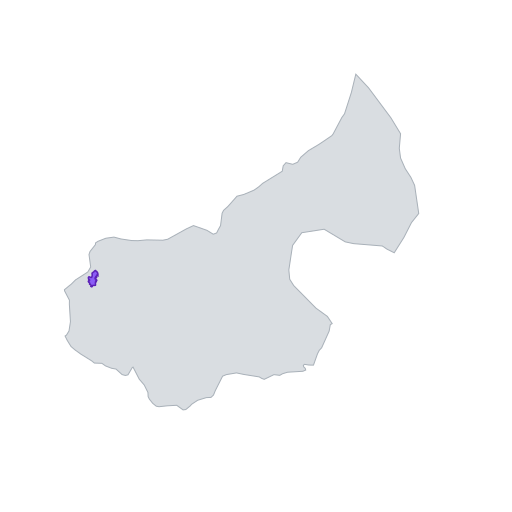 Ūdrīšu pag., Kraslavas, Latvia shown in context, rotated 137°
{"feature_id": "27541924B10135077648270", "entity_name": "Ūdrīšu pag.", "entity_type": "district", "adm_level": 2, "iso_a3": "LVA", "parent_name": "Latvia", "parent_adm1": "Kraslavas", "projection": "albers", "projection_center": [27.063, 55.925], "detail": "fine", "context": "in_parent", "style": "filled", "palette": "violet", "viewbox_px": 512, "rotation_deg": 137, "n_neighbors": 0, "source": "geoboundaries", "source_scale": "gbopen_adm2", "svg_char_len": 4325}
<svg xmlns="http://www.w3.org/2000/svg" viewBox="0 0 512 512"><g transform="rotate(137 256 256)"><path d="M364.4,375.0L361.5,374.5L353.7,371.4L347.0,366.7L343.1,360.5L336.4,352.1L331.9,347.7L324.9,342.3L313.4,331.1L309.2,328.5L288.4,323.3L281.0,320.9L274.4,308.3L272.4,301.1L269.1,299.7L265.3,301.1L261.2,302.4L251.6,310.4L248.5,311.5L242.7,311.4L229.1,312.7L223.1,309.4L212.5,305.5L206.7,304.7L201.6,304.6L179.0,300.1L174.6,303.4L170.4,303.8L166.6,298.0L161.6,296.2L155.9,297.7L145.7,297.3L133.8,294.7L118.5,292.3L116.2,292.7L98.6,298.8L94.3,299.6L74.8,310.5L59.0,320.9L59.0,302.2L63.1,265.1L66.9,246.8L77.8,237.0L83.5,229.0L87.3,218.1L89.1,207.9L91.8,199.5L108.0,176.1L119.5,174.4L135.2,168.7L152.7,164.1L155.5,171.6L156.8,177.2L176.2,198.5L181.1,205.5L187.9,229.1L206.6,241.8L222.0,238.8L228.9,233.4L241.5,223.4L247.2,216.0L248.6,208.6L247.7,176.9L245.0,163.1L246.4,154.6L248.5,155.1L253.7,151.2L270.6,144.1L274.0,143.9L277.8,142.5L288.4,137.0L291.7,140.2L294.4,143.7L295.9,143.8L296.7,142.5L296.6,140.3L297.4,138.7L300.3,139.7L312.2,149.5L316.9,151.8L320.0,152.5L323.8,157.0L334.1,160.2L335.3,162.6L336.1,165.4L345.7,177.7L350.0,183.8L358.6,189.5L362.4,190.9L377.6,185.3L381.9,183.3L385.4,183.3L388.9,186.3L397.1,190.3L404.5,191.5L405.9,191.2L412.1,191.6L414.3,193.2L415.8,200.9L423.0,206.9L429.7,211.9L431.4,214.2L432.0,218.7L431.6,224.0L430.8,226.7L428.1,229.9L425.7,237.9L425.4,245.5L421.7,258.6L422.6,258.8L430.7,256.4L433.0,257.7L434.8,260.6L435.5,268.8L438.2,272.4L441.0,278.2L441.9,282.6L447.2,287.9L447.7,291.4L451.0,303.6L452.4,310.6L453.0,316.0L451.6,323.0L450.2,327.7L448.6,327.4L443.9,328.7L436.5,334.5L425.5,347.9L422.6,350.9L419.8,361.0L419.1,362.0L412.5,361.6L410.7,361.4L404.2,361.6L389.9,359.0L384.4,360.7L377.1,371.0L374.3,372.5L365.8,373.8L364.4,375.0Z" fill="#d9dde1" stroke="#a8b0b8" stroke-width="1"/><path d="M394.3,353.0L394.2,352.9L394.1,352.7L394.1,352.4L394.3,352.5L394.5,352.5L394.4,352.2L394.3,351.9L394.9,351.9L395.2,351.9L395.2,351.7L395.3,351.6L395.5,351.6L395.8,351.7L396.0,351.7L396.1,351.4L396.2,351.2L396.2,350.9L395.9,350.8L395.9,350.7L396.2,350.5L396.2,350.3L396.1,350.2L396.2,349.9L396.1,349.7L396.2,349.4L396.3,349.4L396.5,349.1L396.5,348.9L396.7,348.7L396.7,348.4L396.8,348.4L396.7,348.1L396.7,347.7L396.7,347.8L396.6,347.7L396.6,347.2L396.6,346.9L396.9,346.9L396.9,347.0L397.0,346.8L397.1,346.7L397.4,346.5L397.3,346.4L397.4,346.0L397.3,345.8L397.3,345.7L397.2,345.6L397.0,345.4L396.7,345.4L396.7,345.5L396.4,345.6L396.2,345.7L396.0,345.8L395.8,345.8L395.7,345.8L395.2,345.7L394.9,345.3L394.7,345.1L394.1,344.6L393.9,344.4L393.6,344.2L393.4,344.1L393.1,344.3L392.9,344.5L392.7,344.7L392.6,344.9L392.5,345.0L392.4,345.1L392.3,345.3L392.2,345.4L392.0,345.6L391.8,345.8L391.7,345.9L391.5,346.1L391.4,346.2L391.2,346.2L391.2,346.3L390.9,346.4L390.9,346.5L390.7,346.5L390.4,346.7L390.3,346.8L390.2,346.8L390.2,346.6L390.1,346.3L389.8,346.5L389.7,346.6L389.0,347.6L388.9,347.5L388.9,347.8L388.9,348.0L389.0,348.0L388.9,348.1L389.0,348.2L389.0,348.3L389.0,348.5L388.8,348.7L388.8,348.8L389.0,349.0L388.8,349.2L389.0,349.3L388.9,349.4L388.8,349.5L388.7,349.5L388.4,349.6L388.3,349.8L388.2,349.8L387.9,349.9L388.0,349.7L387.9,349.4L387.6,349.3L387.7,349.6L387.3,349.5L387.1,349.6L387.0,349.8L386.3,350.1L386.2,350.1L386.0,349.9L385.9,349.9L385.8,350.0L385.8,349.9L385.7,349.9L385.5,349.7L385.5,349.8L385.5,349.7L385.3,349.4L385.2,349.3L384.9,349.6L384.5,349.9L384.2,350.2L384.2,350.7L384.2,350.8L384.0,351.0L383.9,351.0L383.7,351.1L383.5,351.3L383.4,351.3L383.3,351.7L383.3,352.3L383.1,352.9L383.0,353.1L383.1,353.3L383.2,353.5L383.4,353.8L383.4,354.0L383.2,354.4L383.2,354.6L383.2,354.8L383.3,354.9L383.4,355.0L383.5,355.0L383.8,355.1L384.5,355.2L385.2,355.1L385.4,355.0L385.6,355.1L386.4,355.2L386.8,355.2L387.0,355.2L387.3,355.3L387.5,355.3L387.7,355.2L387.9,355.0L388.0,354.9L388.2,354.6L388.2,354.4L388.4,354.2L388.6,354.0L388.9,353.8L389.0,353.7L389.1,353.4L389.3,353.2L389.5,353.1L389.8,353.0L390.0,352.9L390.2,352.7L390.3,352.6L390.5,352.7L390.8,352.6L391.0,352.6L391.3,352.8L391.5,353.0L391.6,353.4L391.7,353.6L391.8,353.8L391.9,354.0L392.0,354.2L392.1,354.4L392.2,354.5L392.3,354.7L392.6,354.7L392.9,354.7L393.3,354.6L393.5,354.4L393.7,354.2L393.8,353.9L393.8,353.7L394.0,353.5L394.1,353.3L394.1,353.2L394.3,353.0Z" fill="#8b5cf6" stroke="#5b21b6" stroke-width="1.5"/></g></svg>